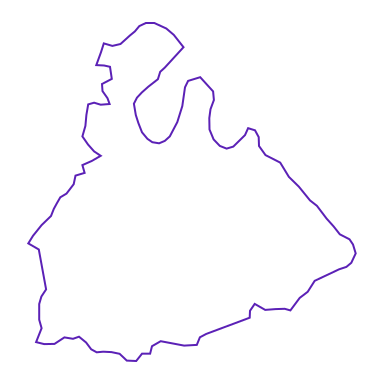 Lidianópolis, Paraná, Brazil
{"feature_id": "56859067B67483695110473", "entity_name": "Lidianópolis", "entity_type": "district", "adm_level": 2, "iso_a3": "BRA", "parent_name": "Brazil", "parent_adm1": "Paraná", "projection": "orthographic", "projection_center": [-51.644, -24.072], "detail": "fine", "context": "isolated", "style": "outline", "palette": "violet", "viewbox_px": 384, "rotation_deg": 0, "n_neighbors": 0, "source": "geoboundaries", "source_scale": "gbopen_adm2", "svg_char_len": 1632}
<svg xmlns="http://www.w3.org/2000/svg" viewBox="0 0 384 384"><path d="M103.8,43.4L101.0,52.2L96.3,65.1L104.1,65.5L110.0,66.8L111.8,78.9L102.0,84.0L102.5,91.1L107.5,98.2L109.6,104.0L100.7,104.7L94.1,102.7L88.2,104.4L86.4,114.9L85.4,125.9L82.4,136.4L88.0,144.5L94.1,151.4L100.7,155.8L91.7,161.0L82.4,165.1L84.6,172.9L75.5,175.6L73.7,184.2L66.5,193.6L60.3,197.3L56.8,203.4L53.8,208.9L51.0,216.0L41.6,225.1L33.0,235.8L28.3,243.4L38.8,249.5L46.1,289.4L41.4,296.5L39.2,304.0L39.2,319.7L41.6,328.2L36.1,342.1L44.2,344.1L54.5,343.9L64.4,337.4L73.0,338.8L79.0,336.7L86.1,342.5L91.2,349.3L96.7,352.3L103.2,351.7L111.4,352.1L119.6,353.8L126.8,360.6L136.2,361.0L142.0,353.7L150.1,353.7L152.0,346.2L160.7,341.2L184.1,345.6L196.8,344.9L199.9,337.3L206.3,333.9L249.7,317.7L250.0,310.8L254.7,303.9L265.2,309.9L275.5,309.1L284.7,308.8L290.4,310.4L299.7,297.9L307.7,291.8L314.7,280.8L339.1,269.3L346.4,266.9L351.3,262.8L355.7,253.4L353.0,244.5L349.5,239.3L339.8,234.3L333.6,226.4L326.6,218.6L316.9,205.8L310.0,200.4L298.8,186.6L288.9,176.9L280.2,162.6L265.5,155.1L259.0,146.0L258.7,137.1L255.0,130.3L248.1,128.2L245.0,135.1L233.3,146.6L226.6,148.6L219.8,145.9L213.6,139.4L209.5,129.5L209.3,118.1L210.5,109.2L213.9,100.0L213.1,91.4L200.2,77.2L188.1,80.9L185.0,87.3L182.3,106.1L177.3,122.1L169.8,136.4L164.8,140.9L159.1,143.3L152.3,142.2L147.4,138.8L142.0,132.3L138.4,123.1L135.8,115.0L133.9,103.7L137.0,97.6L141.8,92.5L148.3,86.7L157.9,79.2L160.2,71.8L164.8,67.6L174.7,56.8L183.5,47.2L173.8,34.9L166.3,28.5L154.3,23.0L145.8,23.0L139.3,26.1L134.9,31.4L129.9,35.5L120.5,44.0L112.4,45.9L103.8,43.4Z" fill="none" stroke="#5b21b6" stroke-width="2"/></svg>